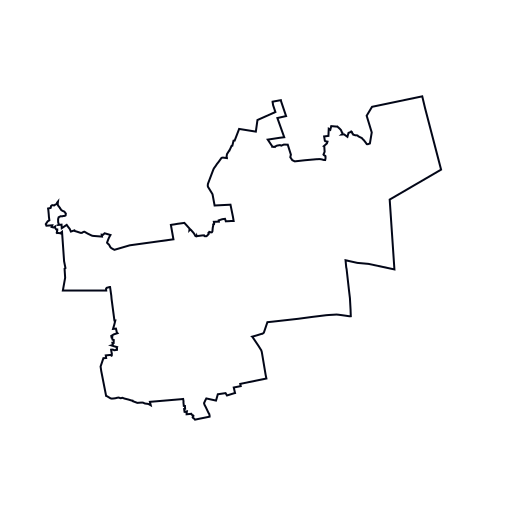 Pabellón de Arteaga, Aguascalientes, Mexico (Albers equal-area conic projection), rotated 168°
{"feature_id": "50627088B43524321041523", "entity_name": "Pabellón de Arteaga", "entity_type": "district", "adm_level": 2, "iso_a3": "MEX", "parent_name": "Mexico", "parent_adm1": "Aguascalientes", "projection": "albers", "projection_center": [-102.265, 22.105], "detail": "fine", "context": "isolated", "style": "outline", "palette": "ink", "viewbox_px": 512, "rotation_deg": 168, "n_neighbors": 0, "source": "geoboundaries", "source_scale": "gbopen_adm2", "svg_char_len": 5995}
<svg xmlns="http://www.w3.org/2000/svg" viewBox="0 0 512 512"><g transform="rotate(168 256 256)"><path d="M246.1,383.8L246.2,383.6L248.8,379.6L252.9,373.3L253.8,373.5L254.0,373.5L256.2,368.8L257.0,368.8L259.9,364.9L260.0,365.0L263.1,361.8L263.2,361.7L264.2,359.1L264.0,358.4L264.1,357.8L267.8,359.1L268.8,359.2L269.5,359.0L273.0,355.8L275.1,354.1L276.8,352.4L278.7,350.7L279.1,350.3L280.1,348.9L288.0,336.6L288.5,335.1L288.6,334.4L288.6,333.7L285.8,325.8L285.7,325.2L286.0,314.0L270.3,311.5L270.4,299.1L270.6,294.9L273.4,295.5L273.9,295.5L278.3,296.2L278.6,298.8L281.4,299.0L285.1,298.6L285.2,297.3L286.6,297.6L290.1,298.2L290.1,297.8L290.1,296.7L290.4,295.9L291.3,295.8L291.5,294.7L292.4,292.7L293.5,289.2L294.2,288.4L295.1,288.4L296.2,289.1L296.6,289.3L296.8,289.0L297.0,288.9L297.4,288.8L297.7,288.6L297.8,288.4L297.6,287.5L298.3,287.0L299.3,286.2L300.4,285.7L302.2,286.1L302.4,286.6L302.5,287.0L304.4,287.3L306.9,287.5L309.4,287.7L310.0,287.7L310.0,288.0L310.2,287.7L311.0,288.1L311.2,288.3L311.5,289.5L311.8,290.4L312.3,291.6L312.9,292.7L314.2,295.0L314.5,295.4L314.9,295.2L315.0,295.2L315.5,295.2L315.8,295.0L315.3,296.6L317.6,300.6L319.2,303.3L319.5,303.3L321.0,303.4L326.2,303.8L329.3,303.9L332.1,304.1L332.8,304.1L333.3,289.5L377.3,292.7L393.2,291.5L394.9,292.9L395.5,293.5L396.1,294.1L396.6,294.9L397.3,297.3L397.6,298.0L397.8,298.1L398.6,299.3L398.8,299.6L398.9,300.1L397.1,302.9L396.5,303.8L395.9,304.6L395.4,305.2L395.0,305.7L394.0,306.8L395.6,307.7L397.3,308.6L398.2,309.1L399.4,309.7L401.2,308.5L401.4,308.5L401.8,308.8L402.5,309.0L402.6,307.0L411.4,309.6L412.4,310.1L416.1,313.0L418.4,315.1L419.0,315.5L420.6,315.2L421.5,314.8L422.8,315.1L423.6,315.6L426.0,317.0L428.2,318.2L428.3,318.8L432.0,318.4L432.6,321.3L433.8,323.7L434.7,325.8L440.2,323.6L439.7,327.1L443.0,327.5L442.3,328.8L442.5,330.2L441.9,333.2L441.0,334.9L440.4,335.1L438.7,335.5L437.5,335.1L436.4,335.2L434.8,335.0L433.8,335.3L433.2,337.1L433.4,337.3L433.8,338.4L434.3,339.3L436.0,340.5L437.0,341.6L437.5,343.0L437.8,343.5L437.8,343.9L438.2,344.7L438.9,346.1L439.1,346.6L439.2,347.6L439.2,348.1L438.4,350.4L439.5,349.5L439.9,348.4L440.7,348.2L441.9,347.9L443.0,347.4L444.0,347.9L444.8,348.1L446.2,347.4L446.7,345.9L446.9,345.7L449.5,345.7L449.6,343.9L450.1,339.6L450.4,337.5L450.7,333.9L452.6,333.2L455.0,330.9L454.7,329.2L448.9,328.4L449.9,326.9L448.2,326.0L446.3,326.6L446.8,325.7L446.0,323.8L445.9,323.6L445.8,323.4L445.7,323.3L445.4,323.2L445.2,323.2L444.9,323.2L445.0,322.5L445.2,322.0L445.3,321.9L445.5,321.6L445.6,321.2L445.7,320.7L445.8,320.6L446.0,320.4L446.1,320.1L445.9,319.8L445.7,319.8L444.9,319.7L444.4,319.5L443.1,319.1L442.6,318.8L442.6,319.0L440.7,320.0L444.8,290.8L444.9,283.8L445.9,283.3L447.2,274.4L452.1,262.4L409.7,253.4L409.5,255.1L408.7,255.9L405.6,256.1L405.2,256.0L405.8,247.3L406.2,244.1L407.9,222.4L407.0,222.2L408.9,218.3L411.0,214.4L408.1,214.1L408.0,210.2L407.5,209.3L411.4,208.9L414.2,207.9L414.2,206.5L413.5,206.5L413.8,205.4L413.7,204.0L412.6,203.4L413.3,200.6L414.5,200.9L414.5,198.7L416.0,198.6L413.4,197.1L410.8,195.8L411.4,194.9L411.2,194.4L411.5,193.1L414.3,193.3L415.0,193.9L415.6,194.2L416.2,194.4L417.2,194.5L417.3,193.6L417.3,190.5L417.8,188.6L418.0,188.5L418.9,189.5L423.6,190.0L423.6,189.0L423.8,188.5L423.8,187.4L425.8,187.6L426.5,187.8L431.0,180.2L431.3,175.8L431.7,150.3L431.0,149.9L430.1,149.1L428.0,147.1L426.8,146.5L424.5,146.2L422.8,146.1L421.3,146.2L419.8,146.1L418.1,145.1L417.7,145.0L416.2,145.1L414.3,143.9L410.8,142.2L407.0,140.1L406.9,140.2L406.7,140.1L406.7,139.6L404.0,137.9L402.6,137.0L398.8,136.5L397.1,136.1L395.3,134.8L392.4,133.8L391.6,133.3L390.0,131.9L390.1,135.4L359.0,131.5L357.9,131.4L357.0,131.3L357.1,129.0L357.4,127.9L357.5,127.0L357.8,124.4L356.7,124.1L357.1,121.3L358.1,121.3L358.3,118.4L357.8,118.2L357.2,118.2L356.4,118.4L355.9,118.4L356.4,117.2L356.7,116.2L356.8,115.6L352.1,115.1L352.0,114.5L351.3,113.5L350.6,113.1L350.4,112.6L351.5,111.5L351.1,110.5L350.3,109.8L349.7,108.6L349.3,108.6L345.5,108.6L337.1,108.5L334.8,108.5L334.6,109.4L334.6,110.1L334.6,111.2L335.1,112.5L336.6,118.8L337.3,121.2L337.4,122.9L335.7,125.2L334.2,127.0L325.2,122.9L324.3,124.5L322.1,128.7L314.3,128.2L313.4,125.6L306.0,126.3L305.7,126.3L305.0,126.3L305.1,132.0L298.0,131.9L298.0,134.2L271.3,134.0L271.3,137.5L270.4,158.3L270.3,161.1L270.5,162.9L270.7,163.3L272.3,167.7L275.9,176.6L276.0,176.9L276.0,177.2L276.5,177.9L273.0,178.1L271.8,178.2L266.4,178.7L266.0,178.6L264.7,179.1L264.2,179.5L258.6,188.9L254.1,188.4L227.7,185.8L213.3,184.7L210.0,184.4L199.7,183.5L196.7,183.1L189.5,182.0L189.0,181.9L188.5,181.7L187.8,181.5L184.4,180.3L180.8,179.0L177.6,177.8L176.7,177.5L175.8,177.4L175.1,181.4L174.7,183.6L172.9,195.2L172.1,204.0L170.1,224.4L170.1,226.3L169.3,233.2L158.3,228.2L147.6,224.9L123.4,214.1L113.5,283.4L57.0,302.0L59.9,365.6L60.2,377.6L111.5,377.8L118.6,370.2L117.1,352.8L121.2,342.4L123.4,342.1L124.4,342.4L125.1,344.1L126.4,346.8L127.3,348.1L127.9,349.3L128.9,350.1L130.2,351.1L131.1,351.9L131.6,352.7L132.3,353.1L133.5,353.3L135.7,354.5L135.8,355.2L136.3,355.8L136.3,357.1L137.0,358.0L137.5,357.6L139.9,357.2L141.8,353.6L144.6,356.7L146.9,357.0L146.7,357.1L146.4,357.2L146.0,358.0L145.9,358.8L146.4,359.5L146.6,361.3L147.5,362.9L149.6,365.8L150.2,365.8L155.4,367.4L157.1,364.0L158.4,365.3L160.2,358.4L164.5,358.8L164.7,354.5L164.4,353.9L162.3,353.0L163.2,351.4L166.7,349.4L166.4,349.2L167.2,343.7L168.9,341.2L168.6,340.6L167.8,339.8L167.4,339.6L167.3,339.3L167.4,338.4L167.8,336.8L168.4,335.5L169.9,335.9L171.3,336.7L173.3,337.5L176.8,338.1L188.3,339.5L198.4,340.5L200.6,342.2L201.9,345.5L200.8,347.9L201.8,358.3L205.6,359.2L208.4,358.7L208.9,359.2L209.7,359.5L212.3,359.6L212.6,359.6L214.1,359.2L214.8,358.7L215.4,359.1L215.8,359.1L216.0,359.0L217.0,359.5L217.4,359.5L217.4,360.1L220.3,367.4L208.1,366.7L203.7,366.3L206.4,386.5L197.5,386.6L199.3,402.1L199.3,403.3L207.7,403.5L207.8,403.0L207.8,402.5L207.8,401.9L207.9,400.5L207.9,399.8L207.1,392.8L226.3,388.7L230.3,377.7L246.1,383.8Z" fill="none" stroke="#020617" stroke-width="2"/></g></svg>